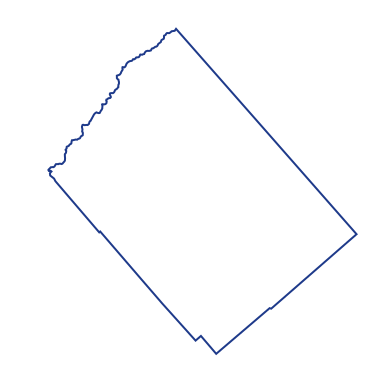 Duchesne, Utah, United States of America (orthographic projection), rotated 319°
{"feature_id": "52423323B70589658228764", "entity_name": "Duchesne", "entity_type": "district", "adm_level": 2, "iso_a3": "USA", "parent_name": "United States of America", "parent_adm1": "Utah", "projection": "orthographic", "projection_center": [-110.49, 40.32], "detail": "fine", "context": "isolated", "style": "outline", "palette": "blue", "viewbox_px": 384, "rotation_deg": 319, "n_neighbors": 0, "source": "geoboundaries", "source_scale": "gbopen_adm2", "svg_char_len": 2888}
<svg xmlns="http://www.w3.org/2000/svg" viewBox="0 0 384 384"><g transform="rotate(319 192 192)"><path d="M96.0,94.3L95.5,161.6L96.8,161.6L96.5,225.0L96.4,256.7L97.2,306.5L104.3,306.5L104.1,330.0L174.4,330.6L175.2,332.0L288.5,331.8L287.8,193.9L287.5,143.1L287.0,58.4L284.7,59.0L282.0,57.3L281.6,57.4L280.2,57.3L279.3,57.3L278.6,56.8L278.1,56.2L277.3,55.6L276.4,55.6L275.2,56.1L274.0,55.9L273.5,55.7L272.8,56.3L272.3,57.0L271.3,57.8L270.0,57.6L268.8,57.3L267.7,57.8L266.8,58.4L265.7,58.3L264.6,58.2L263.4,58.2L262.5,58.7L261.5,59.0L260.5,58.9L259.6,58.3L258.1,58.2L257.0,58.1L256.3,57.5L255.5,57.5L253.8,58.2L252.2,57.4L251.8,57.0L251.0,56.2L249.6,55.6L248.4,55.7L247.4,56.0L246.4,56.5L245.1,55.8L244.4,55.7L243.8,55.0L243.3,54.4L243.0,54.3L242.6,54.6L241.8,55.0L240.5,55.3L239.5,54.9L238.8,54.2L237.8,53.8L236.9,54.2L235.4,53.9L235.2,53.5L234.5,53.1L233.9,53.4L232.6,53.5L231.6,52.9L230.8,52.4L228.8,52.0L226.9,52.2L225.1,53.1L224.0,53.6L222.8,53.6L222.2,53.1L222.0,52.6L221.5,52.2L220.8,52.7L219.9,54.2L218.5,54.6L217.3,55.0L216.3,55.6L214.6,56.0L213.2,55.6L212.4,55.2L211.6,54.9L211.1,55.5L210.0,56.8L209.9,58.0L210.2,58.9L209.6,59.9L209.2,60.8L208.6,61.6L207.8,62.4L206.8,62.8L205.8,63.8L205.2,64.5L204.7,64.4L204.1,64.7L203.3,64.9L202.3,64.7L201.6,64.7L200.9,64.6L200.3,64.8L199.7,65.2L198.7,65.6L197.7,65.6L197.1,65.5L196.5,64.8L195.5,64.1L194.9,63.8L194.3,64.1L193.9,64.6L193.6,65.8L193.1,67.1L192.0,67.4L191.3,67.0L190.4,66.4L189.4,66.4L188.5,66.4L188.1,66.1L187.5,66.4L187.1,66.9L187.0,67.7L185.7,68.8L184.4,68.9L183.1,68.2L182.2,67.1L181.6,66.9L181.2,67.6L180.9,68.3L179.9,69.2L179.2,70.0L178.4,70.4L177.7,70.7L176.9,70.8L176.0,71.1L174.1,71.8L173.3,71.2L172.6,70.2L172.1,69.2L171.5,69.1L170.3,69.0L168.9,69.2L162.0,71.8L161.4,71.6L160.7,71.8L159.9,72.3L159.0,73.0L158.0,73.0L157.2,73.0L156.8,72.5L156.1,72.0L155.4,71.5L154.6,70.9L154.3,70.3L153.9,69.8L153.3,69.6L152.8,69.9L151.9,70.4L151.4,71.0L150.9,72.0L150.2,73.1L149.3,73.8L148.7,74.4L148.7,75.2L148.3,75.9L147.7,76.6L147.1,77.1L146.9,77.4L146.4,77.5L145.9,77.4L145.3,77.2L144.4,77.2L143.5,77.6L142.7,77.9L142.1,77.8L141.4,77.4L140.4,77.2L139.7,77.2L139.1,76.6L138.5,76.0L137.8,75.7L136.9,75.2L136.1,74.8L135.4,74.2L134.8,74.5L134.3,74.9L133.7,75.3L133.2,75.9L132.7,76.2L131.8,76.2L130.9,75.9L130.4,76.0L129.5,76.3L128.6,76.2L127.8,75.8L127.1,75.7L126.5,76.2L125.9,76.9L124.8,77.1L124.4,77.1L124.1,77.6L124.2,77.9L124.0,78.6L123.6,78.8L122.9,79.5L122.0,79.9L121.0,80.0L120.5,80.4L119.9,81.2L119.1,82.2L118.4,83.2L117.5,84.1L116.8,84.8L115.9,85.2L115.0,85.3L114.0,85.4L113.1,85.6L112.0,85.4L111.3,84.4L110.3,83.5L109.4,83.3L108.7,82.6L107.9,82.0L107.5,81.7L106.7,81.9L106.1,82.2L104.9,82.5L103.8,82.4L103.1,81.7L102.3,81.2L101.6,80.7L100.1,80.9L98.3,81.0L97.9,81.5L97.8,82.3L98.2,82.8L98.9,82.9L99.3,83.6L99.4,84.3L98.3,84.4L97.0,84.7L95.8,86.5L96.7,91.4L96.0,94.3Z" fill="none" stroke="#1e3a8a" stroke-width="2"/></g></svg>